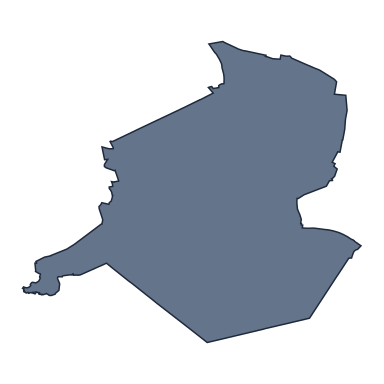 outline of Gilze en Rijen, Noord-Brabant, Netherlands
{"feature_id": "6326949B41369938524082", "entity_name": "Gilze en Rijen", "entity_type": "district", "adm_level": 2, "iso_a3": "NLD", "parent_name": "Netherlands", "parent_adm1": "Noord-Brabant", "projection": "robinson", "projection_center": [4.88, 51.563], "detail": "fine", "context": "isolated", "style": "filled", "palette": "slate", "viewbox_px": 384, "rotation_deg": 0, "n_neighbors": 0, "source": "geoboundaries", "source_scale": "gbopen_adm2", "svg_char_len": 5201}
<svg xmlns="http://www.w3.org/2000/svg" viewBox="0 0 384 384"><path d="M99.2,208.8L102.7,219.5L102.5,221.3L102.3,221.7L102.3,222.3L102.0,223.7L101.9,223.6L101.5,223.9L93.3,230.1L74.1,244.5L66.6,249.2L50.4,255.7L50.5,255.9L50.0,256.0L44.6,257.1L35.4,261.7L36.2,261.6L36.3,261.7L36.4,261.9L36.5,262.9L36.5,263.2L35.0,263.1L35.0,263.6L35.7,270.7L35.5,271.5L36.8,272.2L37.7,272.8L38.4,273.2L38.8,273.4L40.3,273.9L40.4,274.1L40.1,275.5L39.8,276.3L39.6,276.8L39.8,277.5L40.3,278.0L40.1,278.6L39.7,279.2L39.1,280.6L38.7,281.1L37.9,281.7L37.4,282.0L36.6,282.4L36.2,282.8L35.9,282.9L32.6,282.3L32.1,282.4L31.6,282.7L31.2,283.3L30.6,283.9L30.3,284.4L30.3,284.6L30.5,285.1L30.7,285.6L30.3,286.0L30.2,286.2L30.1,286.4L28.1,287.6L27.0,287.8L26.6,287.8L24.4,287.3L24.1,287.1L23.5,286.9L23.4,287.0L23.3,287.5L23.1,287.7L23.4,287.7L23.5,287.8L23.5,288.1L23.5,288.3L23.4,288.5L23.0,288.6L23.5,289.0L24.0,289.1L23.7,289.7L23.7,290.0L23.9,290.4L23.9,290.5L24.2,290.6L24.3,290.7L24.4,291.1L23.9,291.1L23.7,291.1L23.7,291.3L23.8,291.6L24.1,291.9L24.6,292.1L25.2,292.1L25.4,292.2L25.6,292.5L25.8,292.8L26.2,293.0L26.8,292.9L27.6,292.5L27.9,292.5L27.9,292.4L28.1,292.4L28.4,292.7L28.5,293.2L28.7,293.3L29.0,293.3L29.2,293.0L29.3,292.9L29.7,292.9L30.1,292.7L30.4,292.6L31.0,292.7L31.3,292.6L31.6,292.8L32.0,293.0L32.4,293.0L32.4,292.8L32.3,292.6L32.9,292.4L33.1,292.2L33.2,292.3L33.4,293.0L33.5,293.0L33.5,293.3L33.9,293.3L34.1,293.3L34.2,293.6L34.6,293.8L34.9,293.8L35.2,293.8L35.3,293.7L35.0,293.1L35.2,292.9L35.3,292.7L35.7,292.4L35.5,292.1L35.9,292.1L36.1,291.9L36.4,292.0L36.3,292.3L36.4,292.5L36.9,292.3L38.0,292.5L38.4,292.6L38.7,292.7L38.8,292.7L38.7,292.8L38.5,293.2L38.6,293.3L39.1,293.0L39.3,293.0L39.3,293.3L39.2,293.6L39.4,293.7L39.8,293.9L39.8,294.0L39.7,294.2L39.6,294.3L40.3,294.4L40.5,294.3L40.7,294.2L41.1,294.3L41.7,294.3L41.6,294.6L41.6,294.8L41.9,294.8L42.7,294.6L43.2,294.7L43.5,294.6L44.2,294.4L44.4,294.2L45.1,294.1L45.6,293.9L46.1,293.9L46.2,293.6L46.3,293.5L46.7,293.8L46.9,293.8L48.7,294.9L49.0,295.3L49.6,295.4L50.0,295.5L50.5,295.5L51.5,295.4L51.9,295.4L52.3,295.1L52.8,295.0L53.8,294.6L54.3,294.5L54.6,294.3L54.9,294.3L55.0,294.3L55.1,294.2L55.3,293.6L55.4,293.4L58.9,290.4L59.2,287.8L59.3,286.9L59.6,284.6L59.7,284.0L58.7,281.3L57.8,279.2L57.6,278.7L57.5,277.9L58.2,276.7L58.9,276.7L60.0,276.8L62.0,276.8L62.3,276.8L62.4,276.4L62.4,276.2L62.7,275.9L63.6,275.7L67.8,275.1L69.4,274.9L70.0,274.9L70.5,274.8L70.9,274.9L72.4,274.9L72.4,274.6L72.4,274.4L72.6,274.3L72.7,274.2L72.8,273.9L73.1,273.8L73.4,274.6L73.6,275.2L75.6,275.1L79.1,275.1L80.3,274.9L106.5,263.2L112.6,268.2L128.9,281.2L131.7,283.2L155.2,301.9L157.4,303.7L188.0,327.4L207.2,342.5L264.0,329.0L264.4,328.8L273.9,326.6L309.5,318.2L336.0,277.6L339.3,272.7L348.8,258.2L351.6,258.0L351.7,257.4L353.0,253.7L353.9,251.6L354.5,250.9L356.1,249.8L357.0,249.6L357.7,249.3L361.0,245.8L359.0,244.4L358.7,244.3L358.7,244.2L354.4,241.2L354.4,240.9L352.6,239.6L352.2,239.6L351.9,239.6L348.8,237.6L347.6,236.8L345.0,235.4L343.7,234.7L340.2,233.1L338.6,232.5L335.4,231.5L332.4,230.7L329.5,230.1L328.5,229.9L324.0,229.4L314.8,228.2L313.2,228.1L310.3,228.2L309.8,228.2L306.2,228.2L304.5,228.1L302.3,227.9L302.7,225.1L301.3,224.9L301.5,223.5L300.7,223.4L301.0,221.1L301.3,219.7L301.1,219.0L301.0,218.4L300.4,216.6L300.0,215.3L299.7,214.4L298.2,211.0L297.7,209.5L297.5,209.4L297.2,206.6L296.9,202.9L296.9,201.8L296.9,200.8L297.0,199.8L297.1,198.4L298.3,198.5L304.2,194.7L304.5,194.6L326.4,186.2L329.5,180.7L332.5,180.5L332.6,180.3L331.7,178.8L332.1,178.7L332.1,178.8L334.6,176.3L337.2,169.0L334.6,166.9L333.8,166.1L335.1,163.7L332.2,162.3L337.5,152.4L337.7,151.8L340.0,152.2L342.4,139.7L342.8,139.8L344.7,129.6L345.5,119.1L347.1,110.4L346.4,102.3L345.8,95.3L334.4,94.2L334.5,93.8L334.5,93.7L336.6,81.8L334.8,79.8L334.2,79.2L320.9,70.9L319.6,70.1L313.6,67.7L302.7,63.0L291.8,58.2L291.5,58.1L291.3,57.9L291.0,57.2L289.7,56.0L289.1,56.1L286.8,56.2L285.2,56.0L280.9,55.1L280.1,59.2L272.7,58.7L267.2,56.8L265.4,56.4L266.0,55.3L245.4,50.9L244.7,50.9L244.0,50.7L242.8,50.5L241.6,50.1L238.3,49.0L236.1,47.9L224.5,42.5L222.8,41.5L208.9,44.0L210.5,46.2L212.5,49.2L212.6,49.4L214.9,52.7L215.1,52.7L215.8,53.5L216.7,54.7L219.3,59.1L221.2,63.0L221.5,63.8L221.7,64.8L222.1,68.0L222.2,68.6L222.4,69.1L222.8,70.8L223.6,73.7L223.8,75.1L224.0,76.7L224.1,79.3L224.1,79.5L224.0,82.4L224.1,82.6L223.9,83.5L223.8,83.8L223.0,83.8L221.5,83.9L219.9,84.7L218.8,85.5L218.7,85.6L218.7,85.9L218.8,87.6L213.2,88.5L212.7,87.8L211.7,86.5L210.0,86.9L208.4,87.5L213.2,93.1L199.7,100.0L199.6,99.9L182.6,108.2L141.2,127.8L112.6,141.5L110.5,141.2L110.3,141.8L110.2,141.8L113.3,147.8L113.3,148.0L113.1,148.8L112.5,148.7L109.8,148.8L109.1,148.7L108.3,148.6L102.0,146.9L102.7,150.5L104.6,159.7L107.7,159.4L105.9,162.1L104.4,164.6L104.4,166.5L106.1,167.8L114.5,170.8L114.8,170.8L115.1,170.4L118.7,180.9L118.7,181.0L118.0,181.3L117.4,181.3L114.3,181.8L114.1,182.2L113.2,181.9L111.5,181.6L112.4,183.9L112.7,186.4L109.2,187.0L109.3,188.6L110.3,189.8L111.1,191.1L111.7,192.3L112.0,194.0L112.3,195.5L112.7,195.5L111.9,198.8L111.1,201.2L109.3,202.6L108.9,204.3L101.8,202.7L100.9,204.5L100.4,205.1L99.2,206.3L99.0,206.5L99.0,206.9L99.2,208.8Z" fill="#64748b" stroke="#1e293b" stroke-width="1.5"/></svg>